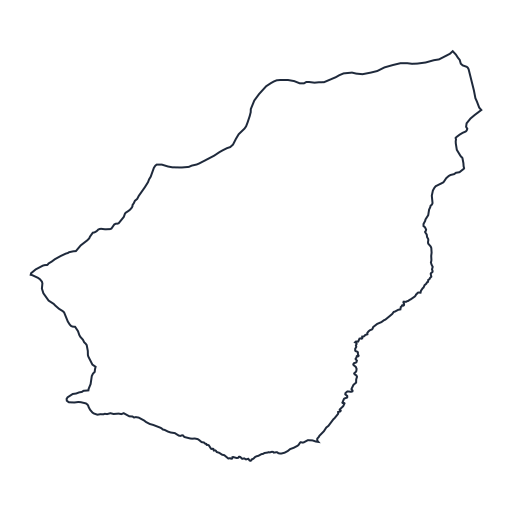 El Cairo, Valle del Cauca, Colombia (Albers equal-area conic projection)
{"feature_id": "7082276B90998600886333", "entity_name": "El Cairo", "entity_type": "district", "adm_level": 2, "iso_a3": "COL", "parent_name": "Colombia", "parent_adm1": "Valle del Cauca", "projection": "albers", "projection_center": [-76.21, 4.758], "detail": "fine", "context": "isolated", "style": "outline", "palette": "slate", "viewbox_px": 512, "rotation_deg": 0, "n_neighbors": 0, "source": "geoboundaries", "source_scale": "gbopen_adm2", "svg_char_len": 5997}
<svg xmlns="http://www.w3.org/2000/svg" viewBox="0 0 512 512"><path d="M452.7,51.2L449.9,53.8L439.0,59.4L433.9,60.2L425.6,62.5L417.2,63.6L412.0,63.8L407.3,63.2L400.5,63.2L393.0,65.0L384.5,67.4L377.3,71.0L370.8,72.6L362.5,74.2L356.2,73.6L352.0,72.6L343.6,73.4L339.3,75.2L336.0,77.1L324.0,82.2L318.5,82.3L314.5,82.7L309.1,82.0L306.3,82.0L304.0,83.3L299.7,83.3L294.2,81.1L288.0,80.0L280.2,80.0L276.7,80.3L273.8,81.5L271.1,83.0L266.2,86.2L259.1,94.0L254.3,100.5L250.8,109.1L250.7,112.2L249.7,116.1L247.6,122.4L246.1,126.3L244.5,128.6L238.7,134.2L235.9,138.9L233.0,144.6L230.2,147.1L227.1,148.1L222.7,150.3L219.5,152.1L214.1,155.7L199.1,163.5L196.7,164.5L191.8,165.6L188.8,166.9L181.5,167.5L172.3,167.3L168.0,166.5L161.8,164.6L156.7,164.6L155.3,165.7L153.9,167.8L150.7,176.7L149.1,179.3L148.0,182.2L144.8,187.3L138.8,195.8L137.2,198.9L134.9,200.8L133.8,203.2L132.5,205.1L132.5,206.1L131.9,207.5L130.1,209.6L128.5,210.9L125.6,212.8L124.9,213.8L123.8,216.9L118.7,223.2L117.4,223.7L115.9,223.7L114.3,224.4L111.4,228.6L110.0,229.1L105.2,229.3L101.1,228.8L99.6,229.0L98.2,229.6L97.2,230.7L95.5,231.9L94.1,232.5L92.8,232.7L90.0,236.6L89.2,238.4L87.3,240.3L80.7,245.4L75.9,251.1L73.3,251.3L69.1,252.2L67.9,253.0L65.8,253.6L60.9,255.9L54.9,259.2L51.7,261.6L48.5,263.5L47.9,264.4L47.1,265.0L44.8,265.1L42.9,265.6L35.7,269.4L31.1,273.2L30.7,274.8L32.1,275.1L37.9,277.8L39.9,279.2L41.9,281.6L42.4,283.4L41.9,288.6L43.4,293.3L48.6,300.6L53.7,303.9L55.2,305.5L59.0,308.8L62.7,311.1L64.1,312.4L67.8,321.5L69.7,324.5L71.1,326.0L72.6,326.6L75.1,326.8L78.0,331.2L79.3,335.0L80.3,336.8L82.9,339.7L84.2,342.3L85.6,343.6L86.7,345.1L87.8,350.9L87.9,355.0L88.3,356.5L92.4,364.6L95.6,366.8L95.0,369.2L94.7,371.9L93.0,373.6L91.8,376.0L90.6,384.1L88.7,388.7L88.4,390.4L83.5,390.8L81.9,391.9L79.1,392.4L76.2,393.5L72.7,394.0L67.6,397.3L66.6,398.9L66.8,400.7L68.7,402.2L69.5,402.3L74.4,402.5L78.3,402.0L80.8,402.2L85.9,403.4L87.5,404.6L88.2,405.7L88.7,407.2L90.1,409.8L92.5,412.6L93.9,413.5L96.8,414.5L97.5,414.7L100.3,414.2L103.3,414.3L104.8,413.8L107.1,414.1L110.4,413.2L113.6,414.0L118.6,413.6L121.4,414.1L123.7,413.2L129.3,416.3L132.5,416.5L134.0,417.5L135.8,417.1L138.7,417.6L144.1,420.5L146.0,422.0L149.8,424.0L153.1,424.9L160.1,427.6L161.5,428.3L162.8,429.5L164.6,429.9L168.0,431.6L170.7,432.5L174.8,433.1L178.8,435.6L180.5,435.9L182.0,435.3L182.8,435.3L184.4,437.0L190.3,438.5L192.3,438.7L194.7,438.5L197.7,439.1L199.2,440.1L201.6,442.1L203.9,442.5L205.2,443.7L206.2,443.9L206.7,444.9L207.8,444.9L208.8,445.3L211.0,448.7L211.8,449.0L212.8,448.7L213.4,449.0L213.8,450.5L215.3,450.4L215.9,450.8L216.7,452.0L219.2,452.8L222.1,454.7L224.3,455.2L228.3,458.5L230.0,458.2L231.1,458.7L231.9,458.7L232.3,458.2L232.4,457.2L233.1,457.0L236.6,458.0L237.9,457.9L238.6,457.5L238.9,456.8L239.4,456.7L240.3,457.0L242.2,458.8L244.2,458.4L246.0,459.4L248.3,458.8L249.6,460.5L250.3,460.8L251.3,460.4L251.7,459.4L253.4,458.7L255.1,457.0L256.5,456.3L258.4,455.8L261.5,454.1L263.0,453.9L264.5,453.0L267.9,452.5L268.4,452.2L269.8,452.4L271.9,451.8L273.0,451.9L273.8,452.6L276.8,452.2L277.4,452.4L278.3,453.2L279.8,453.5L281.5,453.5L284.6,452.7L287.8,451.0L290.1,449.1L293.7,447.8L297.5,445.8L298.5,445.0L300.1,442.6L300.7,442.2L302.6,442.6L303.7,442.4L307.8,440.2L308.3,440.2L312.5,440.4L315.7,441.5L318.3,441.9L317.4,440.8L317.2,439.3L317.3,438.6L319.0,436.7L319.3,435.9L323.9,431.2L326.3,427.5L328.4,425.9L333.5,419.1L334.3,418.5L337.9,414.1L338.2,413.5L338.1,412.0L340.1,411.5L340.6,411.0L340.7,410.6L339.7,409.7L339.8,409.4L343.2,406.2L344.4,403.6L344.5,403.3L344.3,403.1L342.7,403.0L342.4,402.7L343.9,399.0L344.4,398.5L347.0,397.6L347.3,397.1L347.2,395.9L345.3,394.4L345.4,393.2L347.0,391.7L347.7,391.4L351.0,391.8L352.4,391.4L352.6,390.9L352.4,390.3L351.5,389.2L351.6,388.7L353.5,384.8L356.1,382.6L356.2,379.4L357.0,376.8L356.4,375.4L354.6,374.3L354.2,373.4L354.5,373.0L355.8,371.9L356.3,371.0L356.6,368.9L355.8,366.9L353.6,365.1L353.3,364.6L353.4,364.0L354.1,363.1L355.7,362.7L356.4,362.2L356.9,360.6L355.6,359.1L355.6,358.7L356.5,357.5L356.8,356.1L357.1,356.0L358.1,356.3L358.6,355.8L357.9,354.1L357.9,352.5L357.7,352.1L357.5,351.8L355.6,351.1L355.2,350.6L355.2,348.8L356.3,346.8L355.9,345.4L356.6,343.9L356.5,343.3L356.0,342.8L355.1,342.3L356.0,341.5L358.2,341.5L359.5,338.6L360.7,338.4L361.4,338.7L362.2,338.4L362.2,336.6L363.6,336.5L364.6,335.8L365.2,335.0L367.4,334.3L367.3,333.0L368.4,331.5L369.8,330.3L372.0,329.4L372.7,328.5L373.0,327.3L373.6,326.7L377.2,323.9L381.4,322.1L384.0,320.2L385.4,319.6L392.2,314.0L393.7,311.9L394.9,311.6L398.2,309.8L400.4,309.4L400.8,307.0L401.6,306.5L401.9,305.6L402.3,305.2L403.5,305.6L404.0,305.1L404.1,304.0L403.4,302.4L403.6,301.7L406.1,301.8L407.1,301.2L408.3,300.9L409.5,299.9L410.5,299.5L414.8,296.5L415.7,295.4L416.0,294.5L417.3,293.5L417.6,292.8L418.6,292.5L420.5,292.7L421.0,290.7L422.7,288.2L423.5,287.6L424.6,285.1L426.3,283.7L426.9,282.4L427.8,282.1L428.1,281.4L428.2,280.0L429.5,279.1L430.0,278.0L431.3,276.7L430.7,273.8L430.9,273.3L432.5,271.9L432.6,271.1L432.0,269.3L432.7,266.9L431.5,264.5L430.9,262.4L431.3,261.0L431.4,259.9L431.2,255.9L431.6,252.7L431.3,248.0L430.7,246.5L428.2,243.6L428.0,242.2L428.3,240.1L428.2,239.1L427.1,237.1L426.7,234.5L425.2,232.3L425.1,231.8L425.8,230.9L426.1,229.6L425.0,227.3L423.5,226.1L423.5,224.0L425.2,220.8L425.5,219.4L428.2,215.2L429.1,209.6L430.2,207.3L430.6,205.7L431.8,204.7L432.4,203.6L432.5,202.7L431.8,195.7L432.9,190.5L434.4,187.8L435.7,186.2L443.1,182.5L443.8,181.8L446.2,178.2L448.7,176.0L450.5,175.0L454.2,174.1L455.9,172.8L459.5,172.2L463.9,168.7L464.1,168.2L463.6,166.2L463.4,163.2L462.5,158.4L462.2,157.6L461.2,156.8L460.3,155.6L456.8,149.8L455.8,143.5L455.7,141.3L456.0,139.4L455.6,138.0L456.4,137.1L459.7,134.6L462.7,132.8L465.3,131.7L466.1,131.2L466.7,130.4L467.3,128.8L466.1,126.8L466.6,123.3L470.5,118.5L474.8,114.9L481.3,110.0L479.2,107.6L476.9,101.5L475.4,98.2L473.9,90.4L468.6,69.2L467.7,67.6L466.7,66.8L462.7,65.4L460.8,63.7L459.7,59.9L457.9,57.7L455.9,54.6L452.7,51.2Z" fill="none" stroke="#1e293b" stroke-width="2"/></svg>